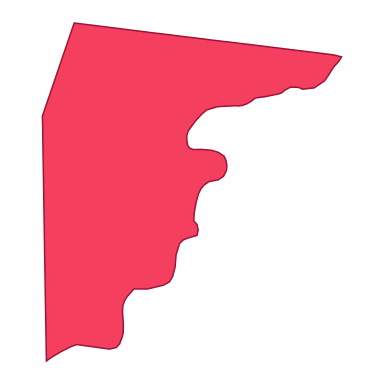 outline of Magalhães de Almeida, Maranhão, Brazil
{"feature_id": "56859067B91112752221469", "entity_name": "Magalhães de Almeida", "entity_type": "district", "adm_level": 2, "iso_a3": "BRA", "parent_name": "Brazil", "parent_adm1": "Maranhão", "projection": "equal_earth", "projection_center": [-42.134, -3.322], "detail": "fine", "context": "isolated", "style": "filled", "palette": "rose", "viewbox_px": 384, "rotation_deg": 0, "n_neighbors": 0, "source": "geoboundaries", "source_scale": "gbopen_adm2", "svg_char_len": 1256}
<svg xmlns="http://www.w3.org/2000/svg" viewBox="0 0 384 384"><path d="M74.2,23.0L42.4,116.1L42.6,124.7L44.2,225.3L44.4,239.0L45.4,300.6L45.6,311.6L46.4,361.0L51.4,357.4L60.5,351.9L71.2,346.5L76.8,344.6L109.5,349.1L116.1,347.6L119.6,343.9L122.0,337.5L123.2,333.1L123.4,325.2L122.5,311.6L122.9,305.4L124.7,300.5L126.8,297.0L133.9,289.0L147.5,289.0L163.6,285.1L169.4,281.9L172.7,276.3L175.2,266.6L175.7,259.5L176.1,254.8L177.5,250.2L179.4,243.8L183.0,240.1L187.7,238.1L197.0,235.4L198.2,230.2L197.0,224.4L193.7,220.7L194.4,211.9L196.2,202.0L198.5,193.6L200.7,189.3L203.7,185.3L208.8,181.7L218.3,179.8L223.6,176.2L226.4,170.6L226.9,165.8L226.1,160.7L224.2,156.3L218.5,152.4L211.7,150.3L201.5,149.4L193.3,149.5L189.5,148.0L187.6,145.1L186.8,139.9L186.8,135.5L188.2,131.0L190.4,127.9L195.1,121.4L201.8,114.1L206.6,110.0L216.4,107.0L220.3,106.5L230.2,106.0L235.7,105.7L238.7,106.0L242.9,105.3L246.9,103.8L251.2,101.3L255.4,98.0L266.4,96.5L270.4,95.6L278.0,94.1L281.6,92.9L284.8,90.2L290.4,87.2L293.7,87.2L298.7,87.4L302.4,89.2L314.2,87.9L324.6,80.8L328.2,75.6L333.7,66.9L338.7,61.4L341.6,56.9L333.7,54.9L230.6,42.2L217.2,40.7L173.5,35.3L165.8,34.3L151.8,32.7L146.5,32.0L128.6,29.8L123.3,29.1L74.2,23.0Z" fill="#f43f5e" stroke="#9f1239" stroke-width="1.5"/></svg>